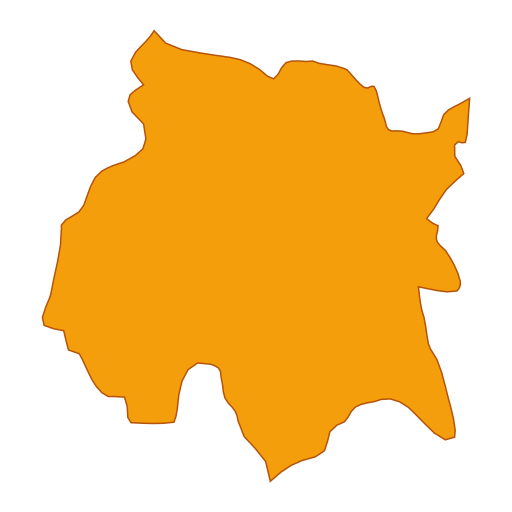 the border of Morelos
{"feature_id": "MEX-2732", "entity_name": "Morelos", "entity_type": "State", "adm_level": 1, "iso_a3": "MEX", "parent_name": "Mexico", "parent_adm1": "", "projection": "robinson", "projection_center": [-99.0, 18.746], "detail": "fine", "context": "isolated", "style": "filled", "palette": "amber", "viewbox_px": 512, "rotation_deg": 0, "n_neighbors": 0, "source": "natural_earth", "source_scale": "10m", "svg_char_len": 3081}
<svg xmlns="http://www.w3.org/2000/svg" viewBox="0 0 512 512"><path d="M469.6,98.3L469.0,107.3L468.3,116.3L467.7,125.4L467.1,134.4L465.3,142.4L462.1,142.8L458.3,141.7L454.6,145.0L454.8,156.3L460.8,165.5L463.8,173.5L455.0,181.3L446.4,189.5L439.8,199.0L433.8,209.0L426.6,218.6L429.3,220.7L432.1,222.8L435.1,224.5L438.1,225.7L437.9,227.1L437.8,228.6L437.6,230.0L437.5,231.5L436.4,235.5L436.4,239.1L437.5,242.4L439.8,245.1L441.2,246.5L442.7,247.9L444.2,249.3L445.6,250.7L450.1,257.6L454.2,265.0L457.7,272.9L460.2,281.0L460.4,284.0L459.9,286.6L458.7,289.0L456.7,291.0L447.4,291.8L437.7,290.7L427.8,288.7L418.4,286.8L419.1,292.5L419.7,298.2L420.6,303.9L421.7,309.6L424.1,317.9L425.7,326.5L426.9,335.2L428.4,343.8L428.9,345.2L429.5,346.5L430.0,347.9L430.6,349.2L437.0,359.7L441.7,372.7L445.3,386.3L448.4,398.6L450.7,407.1L453.5,418.9L455.2,430.3L454.6,437.2L445.3,439.8L434.4,433.1L423.8,422.7L415.2,413.9L408.2,407.2L399.6,401.8L390.2,398.9L381.1,399.4L374.8,401.5L367.8,402.8L361.0,404.4L355.3,407.1L351.1,411.7L348.1,417.1L344.5,421.8L338.7,424.4L338.3,424.5L338.0,424.6L337.6,424.7L337.3,424.8L329.9,431.7L327.5,441.4L324.4,450.8L315.3,456.8L302.1,460.5L291.2,465.3L281.1,472.0L270.3,481.3L265.7,461.6L255.2,448.4L244.2,436.6L238.0,420.7L236.9,415.1L234.9,410.8L232.1,407.1L228.5,403.4L224.9,397.9L223.3,391.5L222.5,384.5L221.1,377.3L220.5,371.5L218.4,368.0L215.1,365.9L210.7,364.2L197.6,363.0L188.1,369.6L182.0,381.1L178.8,394.8L178.0,402.0L177.2,409.5L175.9,416.5L173.9,422.2L163.2,423.3L152.5,423.5L141.8,423.2L131.0,422.7L127.8,417.4L127.2,406.4L124.5,397.1L115.3,396.6L108.2,396.5L101.9,392.7L96.5,386.7L92.2,380.0L88.8,373.3L85.5,366.3L82.4,359.5L79.2,353.7L68.5,350.0L65.9,340.1L63.7,330.7L54.2,328.9L44.1,325.4L42.4,317.4L45.7,307.2L50.0,297.0L50.0,296.5L50.2,296.0L50.4,295.6L50.6,295.1L53.9,278.3L57.6,261.5L60.5,244.9L61.4,228.6L61.4,227.7L61.4,226.8L61.4,226.0L61.4,225.2L65.8,219.9L72.3,216.1L79.0,211.8L83.9,205.1L87.1,195.9L90.7,186.2L95.3,177.4L101.8,171.1L107.1,168.2L112.6,165.8L118.2,163.8L123.8,162.0L135.3,155.6L142.9,148.8L145.9,139.0L143.6,124.0L140.8,121.0L137.9,118.0L135.0,115.0L132.1,112.0L128.2,101.4L130.1,94.7L135.9,89.9L143.6,84.8L137.5,77.4L132.3,69.6L130.8,61.2L135.6,52.2L140.4,47.0L145.5,41.8L150.2,36.4L154.1,30.7L165.6,43.1L181.7,49.6L199.3,52.8L215.2,55.3L218.9,55.8L222.7,56.3L226.5,56.9L230.2,57.4L240.4,59.7L250.2,63.7L259.4,69.4L267.8,76.4L273.7,78.8L278.0,74.4L281.7,67.6L286.1,62.6L292.2,61.0L299.2,61.0L306.3,61.5L312.7,61.0L319.3,63.4L327.5,64.7L336.1,66.0L344.1,68.5L345.1,68.9L345.9,69.3L346.8,69.8L347.6,70.4L351.5,74.8L355.6,79.5L359.8,83.9L364.2,87.5L367.8,88.0L371.0,86.4L373.9,86.3L376.4,91.0L376.8,92.8L377.3,94.5L377.7,96.2L378.1,98.0L379.3,103.0L380.7,107.9L382.2,112.7L384.0,117.4L384.3,118.4L384.6,119.4L384.9,120.5L385.3,121.5L386.3,126.3L388.4,129.5L391.6,131.0L395.9,130.9L402.0,131.1L407.4,132.5L412.9,133.8L418.7,133.8L426.3,132.9L433.1,131.8L438.3,128.8L441.1,121.9L443.7,114.6L448.5,109.9L454.6,106.5L461.5,103.0L463.5,101.8L465.5,100.6L467.6,99.5L469.6,98.3Z" fill="#f59e0b" stroke="#b45309" stroke-width="1.5"/></svg>